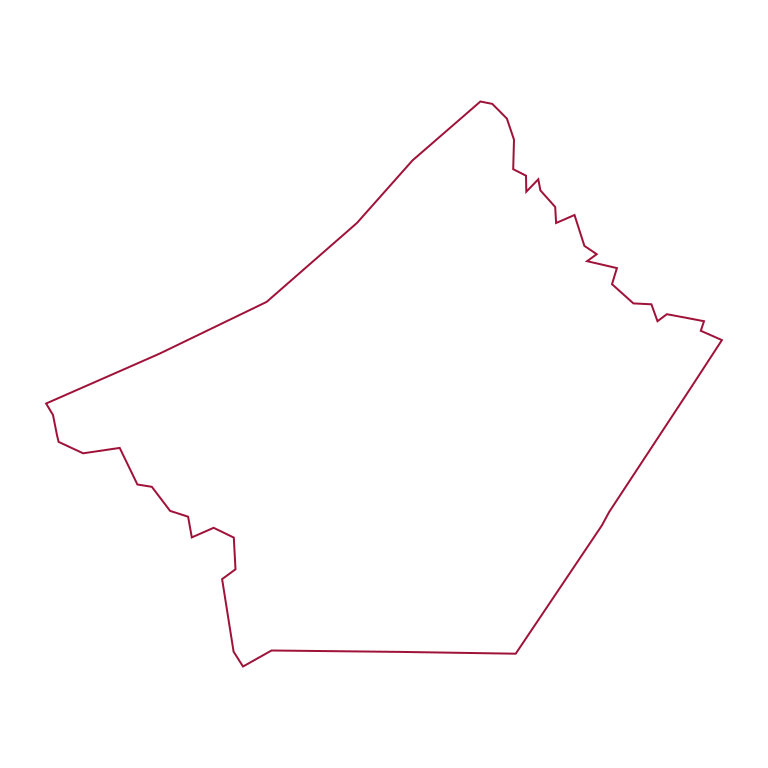 Guadalupe, Texas, United States of America
{"feature_id": "52423323B15867360599504", "entity_name": "Guadalupe", "entity_type": "district", "adm_level": 2, "iso_a3": "USA", "parent_name": "United States of America", "parent_adm1": "Texas", "projection": "albers", "projection_center": [-97.953, 29.612], "detail": "fine", "context": "isolated", "style": "outline", "palette": "rose", "viewbox_px": 768, "rotation_deg": 0, "n_neighbors": 0, "source": "geoboundaries", "source_scale": "gbopen_adm2", "svg_char_len": 757}
<svg xmlns="http://www.w3.org/2000/svg" viewBox="0 0 768 768"><path d="M46.1,403.5L53.0,415.0L57.0,435.2L58.6,441.9L83.1,453.3L119.7,447.9L137.4,484.5L151.8,486.8L170.1,510.9L188.1,516.7L191.8,537.4L213.6,527.8L233.8,537.6L235.5,569.3L222.1,579.1L233.6,651.7L243.0,666.5L271.5,650.5L400.0,651.9L515.7,653.7L601.9,525.4L609.2,511.9L690.3,388.6L721.9,340.1L700.8,330.8L704.0,321.2L666.9,314.2L657.5,321.2L651.4,304.3L633.4,303.4L612.0,284.2L616.9,268.1L587.1,261.2L596.7,254.2L584.4,245.9L574.5,215.0L556.1,223.0L555.2,207.0L540.4,190.4L538.3,179.3L526.3,191.7L526.0,175.7L513.2,169.2L514.0,139.7L506.9,118.6L492.3,103.9L480.4,101.5L412.5,160.4L357.0,222.9L355.2,224.5L266.6,301.9L159.2,353.8L46.1,403.5Z" fill="none" stroke="#9f1239" stroke-width="2"/></svg>